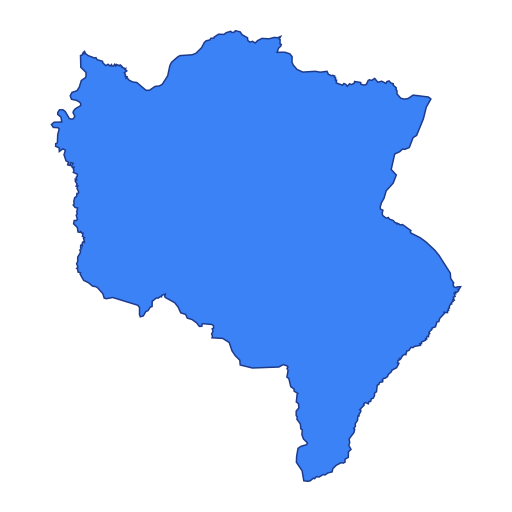 outline of Samrong, Ubon Ratchathani, Thailand
{"feature_id": "78962969B51055039755646", "entity_name": "Samrong", "entity_type": "district", "adm_level": 2, "iso_a3": "THA", "parent_name": "Thailand", "parent_adm1": "Ubon Ratchathani", "projection": "mercator", "projection_center": [104.788, 14.959], "detail": "fine", "context": "isolated", "style": "filled", "palette": "blue", "viewbox_px": 512, "rotation_deg": 0, "n_neighbors": 0, "source": "geoboundaries", "source_scale": "gbopen_adm2", "svg_char_len": 5853}
<svg xmlns="http://www.w3.org/2000/svg" viewBox="0 0 512 512"><path d="M460.6,286.7L457.1,286.9L456.1,287.7L453.6,286.6L453.1,283.9L453.7,282.9L450.7,278.5L450.3,273.1L439.0,255.4L434.6,250.0L425.9,241.9L420.1,237.7L410.7,232.9L410.3,231.8L410.9,230.6L402.4,224.5L400.2,225.0L398.6,223.7L397.2,224.0L397.2,223.2L395.1,222.6L393.0,220.4L389.5,219.2L388.3,217.5L386.2,218.2L382.7,215.5L382.2,213.4L382.9,210.2L380.6,209.3L380.1,207.2L381.6,202.4L384.0,198.3L386.2,190.8L393.2,183.1L396.3,175.0L391.2,169.5L394.7,154.0L399.7,151.7L402.6,149.0L404.7,149.4L409.3,147.5L413.1,137.6L416.6,135.4L423.4,118.8L426.3,107.1L430.9,99.0L428.4,97.0L413.1,95.1L408.1,98.5L404.4,99.1L400.7,98.2L397.0,93.9L397.0,90.7L396.0,89.7L396.3,87.9L393.2,85.1L393.3,83.7L390.9,83.0L389.0,80.9L386.9,81.6L385.9,83.4L381.7,81.2L377.8,82.2L374.7,78.4L371.7,80.4L369.4,79.8L368.2,80.4L366.3,84.5L363.9,85.1L360.7,84.1L360.7,82.5L354.6,81.5L354.3,83.1L351.5,84.6L349.5,83.8L347.2,86.3L345.7,84.3L343.9,83.5L342.5,85.2L336.2,82.9L336.6,80.2L335.3,80.0L335.7,77.9L334.4,77.2L334.8,76.1L332.7,75.3L331.4,75.7L328.4,74.3L327.0,71.3L320.3,72.2L315.2,71.3L302.8,72.1L297.0,69.4L293.3,65.1L292.0,62.3L292.1,56.6L289.8,53.8L284.7,52.2L277.1,52.3L278.6,48.1L280.8,46.1L281.3,44.4L280.0,43.9L280.1,39.6L279.2,39.0L280.6,36.5L277.5,37.8L274.4,37.4L269.0,38.8L262.0,38.4L257.6,40.6L255.2,43.0L252.5,41.3L249.9,42.2L247.8,40.4L247.5,37.8L242.1,34.7L240.2,31.9L235.4,30.7L233.9,32.3L231.8,32.5L230.7,31.3L226.1,32.7L224.1,34.4L218.6,34.2L214.1,37.1L214.0,38.1L210.8,38.3L209.9,39.9L206.1,40.8L204.3,42.5L201.6,47.7L195.8,53.4L192.0,54.8L180.0,55.6L177.7,56.9L171.6,62.2L169.9,65.5L167.7,75.8L162.2,84.4L159.2,86.0L155.1,86.4L149.4,90.3L146.0,90.3L136.8,82.5L132.8,82.0L129.1,80.2L127.2,77.9L126.3,78.2L127.0,76.7L125.3,76.6L125.5,74.7L124.3,72.8L126.8,70.9L125.4,69.7L125.6,68.7L124.8,69.3L124.1,68.0L121.9,67.4L122.1,66.5L120.2,64.9L119.7,65.9L117.6,64.8L116.7,65.5L116.2,64.6L115.5,65.8L114.6,64.3L113.4,66.1L112.0,66.0L111.5,64.6L110.1,66.0L108.1,64.3L105.7,65.6L102.8,62.8L102.5,61.3L97.2,59.7L95.9,57.6L94.5,58.0L87.9,55.5L85.3,53.3L84.6,51.4L83.3,52.4L83.7,53.8L82.7,53.6L82.2,55.0L80.5,55.5L80.8,67.3L86.0,72.4L86.0,76.3L85.5,77.6L81.3,80.5L79.3,87.1L77.0,90.7L72.0,92.4L70.2,95.8L71.5,99.3L76.4,100.3L79.8,102.3L80.7,103.5L80.7,105.6L75.4,108.7L73.5,111.0L73.0,112.4L74.8,116.1L73.6,118.4L72.2,119.2L69.4,118.6L65.3,111.6L63.0,109.8L59.5,109.8L57.8,112.4L57.7,114.4L61.0,117.1L61.7,122.0L54.1,122.2L51.4,124.5L53.3,127.4L58.0,127.7L59.2,129.0L57.7,134.7L57.4,142.2L56.9,143.3L55.7,143.6L55.6,146.3L59.2,147.9L59.3,151.5L62.9,148.8L65.4,150.2L64.0,154.7L66.0,160.8L68.5,162.2L67.6,164.8L70.0,165.5L70.8,162.6L73.1,163.4L71.5,165.5L72.3,167.4L74.0,167.1L73.2,168.8L74.0,170.2L73.3,172.4L77.4,174.2L77.2,176.6L76.2,177.2L76.6,179.9L75.3,179.2L75.3,181.3L77.1,184.0L76.2,186.1L77.8,186.0L77.0,188.2L78.7,192.1L78.0,193.5L76.9,193.5L76.6,196.5L74.7,197.6L73.8,201.5L74.2,203.8L73.2,205.0L75.1,207.5L77.6,208.0L76.7,211.9L77.3,213.7L76.2,215.2L77.4,219.2L76.3,220.5L74.2,220.5L73.6,223.8L77.4,227.6L78.0,232.0L80.1,232.4L80.7,231.5L82.0,233.3L83.1,233.3L82.4,236.3L84.5,237.7L83.5,238.4L84.5,241.5L84.4,242.4L83.2,241.7L82.3,242.9L82.2,245.6L81.7,244.9L80.7,245.2L80.6,247.5L81.4,248.3L79.8,250.1L80.5,251.1L80.2,253.0L77.7,257.1L77.7,261.5L76.6,263.7L77.9,267.0L76.7,268.5L77.7,269.0L78.0,272.0L80.6,272.9L80.2,274.3L83.7,280.4L88.5,282.7L92.5,286.1L96.2,286.8L97.8,288.0L102.8,293.6L104.2,298.1L106.3,298.7L112.7,297.5L137.7,305.2L139.5,307.4L139.5,314.8L140.3,316.8L143.3,315.9L145.8,311.6L148.0,310.6L150.2,307.2L152.1,306.5L152.2,301.3L156.5,297.9L158.1,298.1L160.5,296.5L161.5,296.8L161.9,295.3L165.3,294.1L164.7,296.1L165.2,297.4L174.7,302.7L178.1,307.0L180.7,312.8L185.6,314.4L187.3,318.1L192.0,319.5L196.7,322.9L199.3,326.4L201.8,326.3L202.2,323.8L203.1,323.7L212.0,324.5L213.5,325.7L213.6,328.1L212.2,328.7L213.0,331.4L211.6,333.9L212.5,336.2L212.0,337.8L222.7,338.4L229.2,342.5L232.0,350.8L235.2,355.6L239.8,360.2L240.2,365.0L252.4,368.0L278.9,367.0L283.2,364.6L286.9,365.8L288.0,366.9L287.0,368.5L288.1,370.4L286.9,377.2L288.8,378.4L290.8,386.7L294.0,388.9L294.1,391.1L297.9,393.5L297.1,394.4L296.3,402.0L298.4,403.5L298.9,407.8L296.2,411.1L296.2,415.6L297.3,417.1L296.9,419.2L300.4,424.0L300.8,428.8L302.3,429.9L301.9,434.6L303.4,438.9L307.4,442.9L306.6,444.7L301.0,446.3L298.0,448.4L296.6,456.5L296.4,462.3L302.1,470.8L303.8,480.8L308.3,481.3L310.4,480.7L313.3,478.2L314.6,478.7L316.3,476.7L319.1,477.0L323.2,474.5L324.9,475.0L328.0,472.9L332.1,471.9L332.8,468.7L336.2,465.3L341.1,462.7L343.2,463.1L345.0,462.2L345.0,459.3L348.3,457.3L348.5,451.8L351.0,449.4L348.8,445.4L349.7,442.6L349.1,438.9L353.9,432.6L354.7,429.3L353.7,428.6L355.5,426.1L355.2,423.8L357.5,420.4L357.9,416.0L359.0,416.0L359.0,414.5L360.8,411.4L360.7,410.0L359.7,409.7L364.2,405.0L363.6,404.2L364.3,403.2L365.8,402.6L368.3,403.8L369.0,401.5L370.7,401.4L371.3,398.8L373.3,398.1L374.5,395.6L374.5,393.2L376.5,391.7L377.2,385.2L378.8,384.5L379.5,382.5L382.6,381.8L382.9,380.9L382.2,380.3L383.4,378.5L385.2,378.2L387.5,376.6L388.3,374.4L391.3,371.8L391.9,370.2L396.6,367.7L398.9,363.3L397.5,362.9L398.2,360.3L399.5,359.9L399.4,358.6L400.5,359.1L402.7,355.5L404.9,354.3L405.8,354.7L406.8,351.1L409.0,350.4L410.7,347.5L413.2,347.5L414.4,346.4L420.4,345.3L419.8,343.7L421.5,343.7L421.6,342.0L425.6,340.2L425.5,338.8L426.7,339.0L426.6,337.5L427.3,336.3L428.5,336.7L428.8,334.0L429.7,333.6L429.0,332.1L431.9,329.4L432.0,328.1L435.5,326.8L437.0,321.8L438.8,321.6L439.7,318.4L444.6,313.2L444.1,312.3L447.5,312.6L447.7,310.7L448.6,310.3L448.3,308.8L449.5,307.9L449.1,306.8L450.8,303.8L451.6,304.0L451.7,302.2L453.1,301.5L452.8,299.9L454.2,300.1L453.2,297.3L455.1,296.5L454.2,293.4L455.7,293.6L455.2,292.1L457.2,292.1L458.7,290.5L458.1,289.4L459.3,289.0L460.6,286.7Z" fill="#3b82f6" stroke="#1e3a8a" stroke-width="1.5"/></svg>